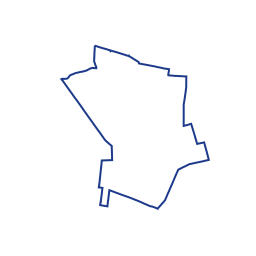 outline of Glodeanu Sarat, Buzau, Romania, rotated 130°
{"feature_id": "2599482B71878678877399", "entity_name": "Glodeanu Sarat", "entity_type": "district", "adm_level": 2, "iso_a3": "ROU", "parent_name": "Romania", "parent_adm1": "Buzau", "projection": "mercator", "projection_center": [26.654, 44.861], "detail": "fine", "context": "isolated", "style": "outline", "palette": "blue", "viewbox_px": 256, "rotation_deg": 130, "n_neighbors": 0, "source": "geoboundaries", "source_scale": "gbopen_adm2", "svg_char_len": 4159}
<svg xmlns="http://www.w3.org/2000/svg" viewBox="0 0 256 256"><g transform="rotate(130 128 128)"><path d="M133.3,210.3L133.5,209.8L133.7,209.1L133.7,208.9L133.7,208.5L134.1,207.2L134.5,205.5L135.4,202.1L136.0,199.8L136.6,197.4L137.2,195.2L137.4,194.4L137.6,193.4L138.0,191.9L138.4,190.6L138.8,189.0L139.8,184.7L142.5,174.3L142.6,174.1L143.3,171.6L143.9,169.1L144.5,167.0L145.8,161.8L146.8,157.9L147.3,156.1L147.6,154.9L148.7,150.6L149.2,148.6L149.6,146.8L150.2,144.5L150.8,142.4L151.1,141.0L151.5,139.8L151.8,138.5L152.0,137.5L152.1,136.7L152.2,132.1L152.2,129.0L152.4,128.7L152.5,128.7L155.9,125.6L162.8,119.5L169.7,127.2L173.2,124.8L175.5,123.3L175.5,123.2L176.8,122.4L179.0,120.9L179.2,120.7L180.4,120.0L183.0,118.2L185.2,116.7L185.8,116.3L186.5,115.9L187.3,115.3L187.8,115.0L188.2,114.7L189.4,113.9L189.5,114.0L190.6,113.2L191.7,112.5L192.1,112.3L192.3,112.2L191.8,111.5L190.3,109.1L195.4,105.7L197.2,104.6L198.7,103.6L200.5,102.5L201.3,101.9L201.3,102.0L205.0,99.8L204.9,99.6L201.3,93.4L197.7,95.8L196.6,96.5L196.0,96.8L193.6,98.4L192.7,99.0L191.4,99.8L190.2,100.6L189.2,101.3L188.5,101.7L188.1,102.0L187.6,102.3L183.4,90.5L180.0,81.4L178.8,77.7L178.3,76.2L176.4,70.4L176.1,69.0L174.9,64.9L173.6,60.6L172.9,59.5L172.5,58.7L172.1,57.7L171.8,56.7L171.5,56.0L171.5,55.9L171.4,55.6L171.2,55.0L171.0,54.4L170.8,53.9L170.7,53.7L170.7,53.4L170.3,53.5L169.7,53.5L168.9,53.4L160.3,53.2L159.6,53.2L155.2,54.5L152.8,55.3L151.1,55.7L147.2,56.9L145.1,57.5L142.0,58.4L136.6,60.1L131.6,61.6L129.8,62.1L128.7,62.4L127.6,62.7L124.6,61.4L123.3,60.9L121.2,59.9L119.2,59.0L118.6,58.7L118.3,58.6L116.4,57.8L115.3,57.0L114.6,56.4L114.2,56.1L111.4,54.0L105.6,49.4L103.8,48.1L101.8,46.6L100.5,45.6L100.1,46.1L98.2,48.8L97.5,49.8L95.0,53.3L92.7,56.7L90.1,60.4L95.7,64.8L93.1,68.8L92.0,70.5L91.9,70.5L84.2,82.3L87.3,84.3L90.6,86.7L90.5,86.8L89.2,87.9L84.6,91.7L74.0,100.6L73.9,100.6L71.2,102.2L68.7,103.7L66.8,104.9L64.2,106.5L62.0,107.9L61.4,108.3L59.8,109.3L59.7,109.3L59.4,109.6L59.2,109.7L58.8,110.1L56.7,111.8L56.2,112.2L51.0,116.5L51.6,117.2L52.1,117.8L52.8,118.8L53.7,120.0L55.0,121.8L56.0,123.0L56.9,124.3L57.4,124.9L58.0,125.7L59.0,127.1L59.3,127.6L61.4,130.5L61.6,130.8L61.7,131.0L61.2,131.5L60.6,131.9L60.4,132.0L60.2,132.1L59.7,132.3L57.9,133.5L57.2,133.9L56.6,134.3L57.1,135.3L57.3,135.6L57.8,136.4L58.8,137.9L59.4,139.0L59.9,140.0L62.4,144.7L63.8,147.4L65.5,150.4L67.1,153.3L69.8,158.0L71.5,161.1L71.3,161.5L70.9,161.9L70.7,162.1L70.7,162.3L70.7,162.7L70.8,163.3L70.8,163.8L70.9,164.2L71.5,168.1L71.7,169.9L72.0,171.9L72.2,173.0L72.3,173.3L72.3,173.5L72.2,173.7L72.3,173.7L72.5,173.7L72.6,174.1L72.7,174.4L72.8,174.6L73.0,175.0L73.2,175.5L73.3,175.8L73.6,176.4L73.7,176.8L73.9,177.3L74.2,178.1L74.4,178.5L74.6,178.9L74.8,179.5L75.1,180.1L75.3,180.8L75.8,181.8L75.9,182.2L76.3,183.0L76.7,184.1L77.2,185.3L77.6,186.2L77.8,186.5L78.0,187.0L78.2,187.4L78.7,188.7L79.1,189.4L79.4,190.2L79.9,191.4L80.3,191.2L80.2,192.0L80.2,192.3L80.4,192.6L81.1,194.2L81.4,194.9L81.9,196.1L82.4,197.2L82.9,198.2L83.3,199.1L83.5,199.7L83.7,200.1L84.0,200.7L84.4,201.7L84.7,202.4L84.8,202.7L85.0,203.3L85.3,203.8L85.5,204.5L85.7,205.0L85.8,205.3L86.0,205.7L86.3,206.3L86.3,206.2L86.6,206.1L86.9,205.8L87.3,205.5L87.9,205.1L88.3,204.7L89.6,203.8L91.0,202.7L91.9,202.1L95.3,199.4L95.6,199.3L95.6,199.2L95.8,199.0L96.1,198.8L96.6,198.4L97.2,198.0L98.1,197.3L98.4,197.1L98.6,196.9L98.8,196.6L99.3,195.8L99.7,195.1L100.1,194.5L100.6,193.7L100.8,193.2L101.1,192.7L101.5,191.9L101.7,191.6L101.8,191.4L102.0,191.2L102.4,190.8L102.6,190.7L102.9,191.1L103.2,191.6L103.9,192.5L104.3,193.1L104.9,194.0L105.1,194.1L105.4,194.3L106.3,194.9L107.0,195.3L107.4,195.4L109.1,196.1L109.6,196.3L110.2,196.5L111.0,197.0L111.8,197.5L112.0,197.7L112.7,198.1L114.2,199.2L115.4,200.3L116.2,200.9L117.9,202.1L118.8,202.9L119.7,203.5L120.6,204.0L121.0,204.2L122.2,204.8L122.7,205.1L123.1,205.3L123.6,205.6L124.2,206.0L124.6,206.1L124.9,206.2L125.2,206.2L125.6,206.2L125.9,206.2L126.2,206.2L126.6,206.2L127.2,206.1L128.6,206.2L129.0,206.3L129.4,206.5L130.5,207.5L131.5,208.6L132.0,209.3L132.3,209.7L132.6,209.9L132.9,210.2L133.0,210.3L133.3,210.4L133.3,210.3Z" fill="none" stroke="#1e3a8a" stroke-width="2"/></g></svg>